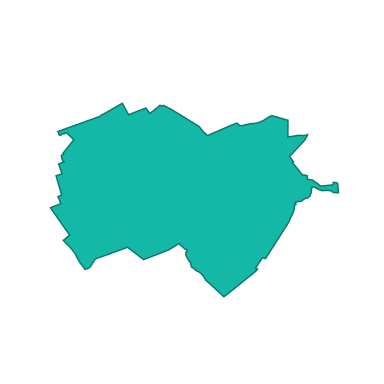 outline of Girov, Neamt, Romania, rotated 157°
{"feature_id": "2599482B5829792853228", "entity_name": "Girov", "entity_type": "district", "adm_level": 2, "iso_a3": "ROU", "parent_name": "Romania", "parent_adm1": "Neamt", "projection": "natural_earth1", "projection_center": [26.486, 46.949], "detail": "fine", "context": "isolated", "style": "filled", "palette": "teal", "viewbox_px": 384, "rotation_deg": 157, "n_neighbors": 0, "source": "geoboundaries", "source_scale": "gbopen_adm2", "svg_char_len": 3087}
<svg xmlns="http://www.w3.org/2000/svg" viewBox="0 0 384 384"><g transform="rotate(157 192 192)"><path d="M281.4,299.5L291.8,300.1L291.7,298.2L292.0,297.4L292.0,296.9L291.7,296.2L291.4,295.8L290.6,295.6L289.9,295.7L289.1,296.1L288.7,296.1L287.8,295.9L287.2,295.6L286.8,295.4L286.4,295.5L286.1,295.6L285.4,295.7L284.8,295.5L284.3,295.4L280.4,286.3L295.4,278.2L295.5,277.1L296.1,277.0L297.1,276.9L297.8,276.8L298.2,276.1L298.5,274.6L298.7,274.0L298.7,271.0L298.1,270.1L298.0,269.7L299.4,269.7L303.8,269.9L303.9,268.6L304.6,259.5L305.9,259.6L310.8,260.1L313.2,240.1L317.2,240.1L317.2,232.5L328.5,232.8L321.5,200.2L329.2,197.8L329.3,197.8L328.8,196.2L328.2,194.5L327.2,192.1L326.6,190.7L325.6,188.0L325.2,186.7L324.5,184.0L323.9,181.9L323.5,179.5L323.6,178.6L323.4,175.8L322.9,172.1L322.5,169.5L321.7,166.9L321.2,165.0L321.0,163.9L320.9,162.9L320.9,162.7L318.3,162.3L316.7,162.3L315.8,162.5L315.2,162.7L314.6,163.0L312.0,164.8L309.8,166.4L308.1,167.5L307.5,167.8L307.1,167.9L306.7,168.0L305.1,168.1L302.3,167.9L296.3,167.5L272.9,166.3L263.0,148.7L236.5,147.8L224.2,149.6L220.7,142.1L220.3,141.7L219.4,141.0L219.2,139.8L219.8,139.5L220.8,139.2L221.5,138.3L222.1,136.9L222.4,135.5L222.2,134.5L222.2,134.1L222.0,132.3L221.8,131.2L221.5,129.7L221.6,129.3L221.5,128.7L221.2,128.7L221.0,128.0L221.0,126.5L221.2,126.3L221.3,126.0L221.5,125.1L221.4,124.9L221.9,123.7L221.9,123.4L219.8,120.1L218.9,118.0L217.0,116.0L215.3,112.8L214.5,110.5L213.8,105.4L211.8,101.4L210.3,98.0L203.6,83.1L199.2,84.2L168.3,93.0L166.0,93.6L161.8,95.3L163.3,97.0L152.9,104.0L150.3,102.0L131.5,114.9L124.7,119.6L120.4,122.6L119.4,123.2L118.1,124.0L117.0,124.9L115.6,125.9L114.4,127.0L113.8,127.4L113.2,127.9L112.7,128.4L112.1,129.0L111.6,129.5L106.6,133.9L105.3,135.3L104.7,136.1L103.9,137.7L103.3,138.7L103.1,139.2L102.8,139.9L101.2,139.8L101.2,140.3L101.0,142.1L100.7,142.1L100.1,142.2L99.8,141.9L99.4,141.8L98.3,142.0L96.3,141.0L95.5,140.8L92.0,141.6L90.7,141.8L89.6,141.6L87.2,141.4L86.9,141.7L85.3,141.9L83.6,143.6L83.1,144.2L82.8,144.5L79.8,149.5L77.7,148.9L75.3,146.0L74.3,144.8L72.5,142.9L71.1,142.2L68.6,141.3L66.9,140.6L65.5,139.9L63.5,138.8L62.3,136.5L60.7,135.6L57.6,134.1L55.1,141.2L54.7,142.3L54.7,143.4L55.1,143.7L55.8,144.3L58.0,145.7L59.6,143.6L60.3,143.7L61.4,144.2L62.0,144.3L64.0,144.9L71.3,147.1L73.9,152.1L75.2,153.6L75.8,155.4L80.8,158.7L79.5,161.8L81.2,163.4L83.3,164.2L84.3,166.3L84.8,168.9L88.1,179.8L86.8,180.1L88.3,186.6L67.7,195.8L63.4,199.3L63.2,199.7L65.1,199.7L66.5,200.1L72.0,202.6L82.3,205.1L75.6,220.6L76.7,221.4L84.5,227.7L88.7,231.1L92.3,231.0L94.9,230.5L98.5,229.9L103.9,229.9L108.9,231.0L111.5,232.1L120.2,233.6L122.4,234.8L122.6,235.4L123.7,237.9L129.8,238.1L155.6,237.9L156.1,238.9L157.2,241.2L158.4,244.2L159.9,249.6L164.9,256.6L172.5,267.4L173.9,269.3L179.0,276.4L183.3,281.5L184.6,283.0L185.7,282.5L187.1,284.0L187.6,284.2L188.2,284.4L188.4,284.3L189.6,283.5L190.8,283.3L195.2,282.1L195.3,282.0L200.1,280.8L201.6,287.3L210.5,287.6L220.2,287.9L220.2,288.4L221.5,300.9L240.4,298.6L245.9,298.1L247.6,297.6L281.4,299.5Z" fill="#14b8a6" stroke="#0f766e" stroke-width="1.5"/></g></svg>